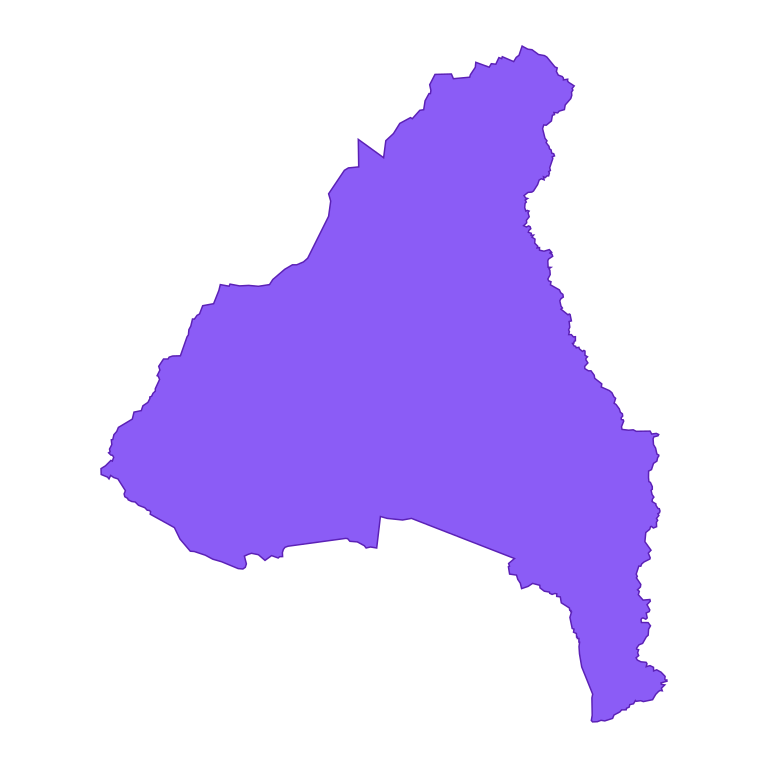 Pueai Noi, Khon Kaen, Thailand
{"feature_id": "78962969B8052228194876", "entity_name": "Pueai Noi", "entity_type": "district", "adm_level": 2, "iso_a3": "THA", "parent_name": "Thailand", "parent_adm1": "Khon Kaen", "projection": "mercator", "projection_center": [102.886, 15.893], "detail": "fine", "context": "isolated", "style": "filled", "palette": "violet", "viewbox_px": 768, "rotation_deg": 0, "n_neighbors": 0, "source": "geoboundaries", "source_scale": "gbopen_adm2", "svg_char_len": 6090}
<svg xmlns="http://www.w3.org/2000/svg" viewBox="0 0 768 768"><path d="M111.8,444.6L109.5,449.1L110.1,451.8L108.6,452.8L111.0,455.1L112.5,455.3L113.7,457.3L112.3,461.1L110.9,460.4L105.5,465.8L101.0,468.6L101.2,474.5L107.5,477.1L109.0,478.9L110.7,475.4L113.7,477.5L117.9,478.9L125.4,490.7L124.1,493.9L124.8,496.7L127.6,498.4L128.2,499.8L131.7,501.5L135.2,502.0L138.5,505.3L144.8,507.7L147.2,510.2L149.4,510.5L150.6,511.6L150.2,514.2L174.4,527.6L180.0,539.1L190.3,551.2L194.3,551.5L205.3,555.2L212.8,559.2L221.5,561.7L238.2,568.6L242.9,569.0L245.3,567.3L246.4,563.9L244.4,556.1L248.3,554.3L251.5,553.3L258.4,554.7L265.0,560.4L271.6,555.6L278.2,558.0L279.6,556.7L282.6,556.6L282.4,552.6L283.4,549.4L285.0,547.3L288.1,546.2L345.6,538.4L347.6,538.6L349.9,541.3L357.3,541.9L364.3,545.7L366.1,548.0L370.5,547.0L376.7,548.0L380.4,516.5L387.2,518.4L402.6,520.0L411.5,518.4L514.5,558.5L508.6,563.5L509.5,566.1L508.4,566.7L509.6,574.1L516.5,575.1L517.8,579.4L520.3,583.2L521.6,588.6L528.1,586.4L532.6,583.4L539.8,585.3L540.0,587.9L544.3,591.2L549.5,592.1L549.7,593.3L552.1,594.4L554.8,593.5L556.8,593.8L556.7,596.4L560.3,596.9L561.3,602.8L569.4,608.0L569.7,610.2L570.9,610.5L570.6,611.7L571.5,612.0L569.9,617.4L572.2,628.5L574.0,629.1L573.5,632.2L576.4,633.5L576.6,637.1L577.3,637.1L577.4,638.5L578.9,638.5L578.9,642.1L579.6,642.2L579.0,646.6L579.5,653.9L581.7,666.9L592.7,694.2L591.9,697.9L592.2,715.3L591.3,720.5L592.6,721.9L597.4,721.7L601.0,720.3L604.8,720.9L612.6,718.4L614.0,715.0L619.9,711.9L621.6,709.9L626.2,709.8L626.5,708.3L629.2,707.1L629.8,704.6L633.5,703.8L635.4,700.5L636.1,701.3L640.8,700.7L643.3,701.6L652.6,699.7L655.7,694.4L658.5,691.5L660.0,690.5L662.3,690.8L661.4,688.2L664.8,684.9L661.3,684.3L661.0,682.9L667.0,681.2L666.8,679.9L665.5,680.2L664.8,679.2L665.1,676.4L661.1,672.2L656.7,669.8L653.6,670.9L653.5,667.3L650.0,665.6L646.2,666.7L647.0,663.7L646.1,662.3L640.9,661.8L637.3,660.0L636.1,657.8L638.7,655.6L637.6,652.9L638.6,649.7L636.6,649.1L636.6,648.1L639.0,644.8L642.6,643.4L646.3,636.9L648.2,635.2L648.6,629.2L650.5,625.8L648.1,622.6L641.4,622.5L641.0,619.7L641.7,618.4L643.0,617.9L645.8,619.2L647.2,617.9L646.2,613.0L649.2,611.6L649.8,609.9L647.0,604.7L650.3,601.2L649.9,599.5L643.1,600.1L638.3,594.7L639.3,591.3L637.5,589.8L640.4,587.0L640.8,584.4L636.4,577.9L637.3,576.4L636.2,574.1L638.8,566.1L640.8,566.2L641.7,563.9L644.1,561.9L649.9,559.0L650.2,557.8L648.3,553.1L651.0,550.2L644.9,541.7L645.8,532.5L649.7,529.3L650.6,526.6L651.4,526.4L653.4,528.0L656.6,526.7L656.4,522.2L657.7,520.3L656.5,518.4L658.9,515.5L657.9,513.7L659.5,512.8L660.0,511.0L659.3,508.7L657.9,508.4L656.0,505.4L655.9,503.9L652.1,501.5L652.4,499.1L653.9,497.1L652.1,494.6L651.1,490.3L652.3,489.3L652.3,486.6L650.4,482.4L648.9,481.6L648.5,477.6L648.6,471.1L651.5,469.6L653.5,463.4L656.9,461.1L657.6,457.7L658.8,456.0L658.8,455.1L656.9,454.0L655.6,448.1L653.5,444.6L653.1,438.9L653.8,436.9L658.0,435.8L658.7,434.5L656.3,433.4L651.7,434.0L650.1,431.1L636.1,431.3L633.3,429.8L628.6,430.2L622.0,429.4L621.5,426.7L623.7,421.1L623.3,419.9L621.3,419.5L621.2,417.8L622.7,416.1L622.4,413.8L620.4,412.3L619.3,408.9L616.1,404.5L614.1,403.2L615.6,398.3L613.9,396.8L611.9,392.7L609.4,390.6L601.3,387.0L601.8,383.9L594.7,378.3L594.2,375.2L591.0,370.8L588.4,370.8L584.8,368.6L584.7,366.4L587.9,362.9L585.9,359.8L586.0,358.3L587.5,356.8L585.0,355.3L585.0,351.1L583.9,350.4L582.5,351.4L579.5,349.0L578.9,347.3L576.2,347.8L575.6,346.3L574.2,346.0L572.5,343.4L573.9,343.1L574.2,341.3L575.4,340.8L575.4,336.7L573.4,336.9L571.3,334.6L568.7,334.6L569.4,331.6L568.6,329.9L569.8,327.2L569.1,321.5L571.4,320.9L570.1,314.5L569.2,314.0L568.0,314.8L561.0,309.2L562.4,308.0L561.0,306.1L559.8,300.8L561.0,298.6L563.3,297.1L562.9,294.4L560.7,292.7L559.4,289.9L550.4,284.8L551.0,281.7L548.8,280.9L547.8,279.1L550.2,274.6L549.9,270.4L549.0,268.7L550.9,267.4L548.1,267.2L547.8,260.7L548.6,259.0L552.7,256.3L552.1,254.5L549.8,253.0L550.4,252.4L551.5,253.2L551.8,252.5L549.3,249.6L544.0,251.2L539.5,250.2L539.5,247.6L537.1,247.9L537.8,246.3L534.7,243.1L535.0,239.1L531.9,237.1L533.6,235.1L531.1,235.2L531.3,233.3L528.3,232.3L528.8,230.5L530.8,228.7L530.1,226.7L528.6,225.9L526.5,227.0L523.6,225.7L526.7,222.8L526.4,220.3L529.2,216.8L528.0,212.7L529.1,211.1L527.2,210.4L525.9,211.1L524.7,207.7L525.1,203.3L526.3,202.1L525.2,200.1L527.6,198.5L525.7,198.0L524.0,195.6L528.0,192.4L531.8,192.1L533.5,191.0L537.6,184.6L539.2,180.0L541.3,178.8L544.1,179.8L543.5,176.8L545.2,177.6L547.2,175.8L548.6,175.9L549.4,173.1L548.7,171.6L550.4,170.5L549.7,167.8L552.8,158.6L552.2,156.9L554.5,155.9L553.7,153.7L551.7,153.1L551.1,149.9L549.5,148.8L549.0,146.3L546.1,142.6L547.0,140.8L545.0,138.3L542.6,128.7L543.7,125.0L546.3,125.2L551.4,121.0L552.4,115.3L554.5,114.6L553.9,112.5L557.7,112.9L559.2,111.1L564.4,109.6L565.2,105.0L570.8,98.5L571.8,95.3L571.5,92.1L572.9,90.1L572.1,88.5L574.2,85.9L568.6,82.3L567.6,81.1L567.7,79.2L563.4,79.9L563.4,78.1L562.3,76.6L558.3,75.1L556.4,71.5L557.2,67.9L554.9,66.9L546.9,57.1L544.5,55.6L538.5,54.5L532.0,49.7L527.9,49.2L522.1,46.1L519.0,55.3L516.2,57.4L513.7,61.6L502.3,56.7L501.7,58.6L498.9,57.6L495.8,64.2L491.3,63.7L489.2,67.2L475.8,62.3L475.3,67.3L470.4,74.7L469.7,77.2L453.4,78.7L451.4,74.0L435.0,74.4L429.7,84.7L430.9,90.5L430.4,93.6L429.0,93.6L425.1,100.7L423.7,109.7L419.8,110.3L412.3,118.7L410.5,117.6L399.8,123.4L393.5,133.5L385.8,140.7L383.6,157.7L358.3,139.4L358.7,166.9L348.4,167.9L344.4,170.3L328.6,193.8L330.7,201.1L328.6,216.3L307.7,258.2L303.5,261.9L296.7,264.8L292.4,264.8L284.7,269.3L272.8,279.5L269.5,284.6L258.4,286.3L248.7,285.4L239.6,285.9L230.0,284.1L229.1,286.2L220.3,284.6L218.9,290.4L213.6,303.7L202.7,305.7L199.5,314.0L197.0,315.4L194.4,319.1L192.5,319.0L190.8,326.1L188.9,329.6L188.4,334.9L187.0,336.9L180.4,355.8L172.7,356.0L169.2,357.1L168.0,359.0L163.5,359.0L158.7,366.3L159.9,370.1L157.1,375.7L158.2,376.2L159.6,379.4L155.3,388.7L155.3,391.1L153.0,393.3L151.6,396.3L149.8,397.0L149.9,398.5L147.9,402.4L142.9,405.8L141.3,410.6L134.0,412.1L132.3,419.1L118.4,427.4L116.7,431.5L113.9,434.7L112.8,439.5L111.3,439.8L111.8,444.6Z" fill="#8b5cf6" stroke="#5b21b6" stroke-width="1.5"/></svg>